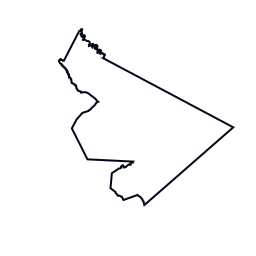 North Fly District, Western, Papua New Guinea (Robinson projection), rotated 118°
{"feature_id": "67681753B60857978351937", "entity_name": "North Fly District", "entity_type": "district", "adm_level": 2, "iso_a3": "PNG", "parent_name": "Papua New Guinea", "parent_adm1": "Western", "projection": "robinson", "projection_center": [141.24, -5.829], "detail": "fine", "context": "isolated", "style": "outline", "palette": "ink", "viewbox_px": 256, "rotation_deg": 118, "n_neighbors": 0, "source": "geoboundaries", "source_scale": "gbopen_adm2", "svg_char_len": 5562}
<svg xmlns="http://www.w3.org/2000/svg" viewBox="0 0 256 256"><g transform="rotate(118 128 128)"><path d="M188.4,77.4L78.0,35.4L78.0,182.7L77.9,182.6L77.4,182.3L77.1,182.3L76.7,182.5L76.1,182.8L75.9,182.9L75.7,182.9L75.3,182.7L74.8,182.6L74.7,182.6L74.3,182.7L74.1,182.8L73.9,183.1L73.9,183.5L74.0,183.9L74.3,184.3L74.5,184.6L74.5,184.9L74.4,185.1L74.0,185.3L73.8,185.5L73.8,185.8L74.1,186.4L74.4,186.7L74.7,186.9L75.0,187.0L75.3,187.0L75.6,187.2L75.6,187.4L75.5,187.5L75.3,187.6L75.1,187.7L74.9,187.9L74.6,188.1L74.3,188.3L74.0,188.3L73.2,188.0L72.9,187.9L72.6,187.9L72.4,188.1L72.2,188.3L72.0,189.1L72.1,189.4L72.1,189.6L72.3,189.9L72.4,190.1L72.7,190.2L73.1,190.2L73.4,190.1L73.7,189.9L73.9,189.8L74.4,189.6L75.5,189.6L75.8,189.8L75.9,190.0L76.0,190.3L75.9,190.4L75.7,190.6L75.2,190.7L74.3,191.0L74.0,191.2L73.7,191.5L73.2,192.1L72.5,192.2L72.3,192.3L72.2,192.6L72.2,192.8L72.3,193.1L72.5,193.2L73.0,193.2L73.2,193.3L73.4,193.6L73.5,194.0L73.5,194.3L73.4,194.7L73.3,194.9L73.1,195.1L72.9,195.2L72.6,195.2L72.3,195.0L72.1,194.9L71.8,194.5L71.4,193.7L71.2,193.5L71.0,193.3L70.8,193.2L70.5,193.2L70.3,193.2L70.0,193.4L69.8,193.7L69.6,194.0L69.5,194.5L69.5,194.8L69.5,195.1L69.7,195.4L69.8,195.5L70.0,195.7L70.6,196.0L71.3,196.1L71.6,196.3L71.6,196.5L71.6,196.9L71.4,197.1L71.2,197.2L70.8,197.4L70.5,197.6L70.4,197.7L70.2,198.0L70.2,198.3L70.3,198.7L70.8,199.2L71.0,199.3L71.8,199.3L72.3,199.1L72.6,198.8L73.0,198.1L73.2,197.4L73.3,197.4L73.5,197.4L73.4,197.6L72.7,198.7L72.6,198.9L72.5,199.3L72.5,199.8L72.7,200.1L72.9,200.3L73.1,200.4L73.7,200.6L73.9,200.8L74.0,200.9L73.8,201.1L73.4,201.2L73.2,201.4L73.0,201.5L71.2,201.5L70.8,201.7L70.4,201.9L70.3,202.1L70.0,202.6L69.9,203.5L69.9,203.8L70.4,205.0L70.5,205.7L70.5,206.0L70.3,206.5L70.2,206.7L70.2,207.1L70.3,207.3L70.3,207.6L70.2,207.8L70.2,208.0L70.3,208.1L70.5,208.4L71.2,208.7L71.4,208.8L71.5,208.9L71.4,209.1L71.3,209.3L71.0,209.4L70.9,209.4L70.5,209.2L69.8,208.9L69.5,208.9L69.3,208.9L68.8,209.0L68.2,208.9L67.6,209.0L67.4,209.0L67.0,209.3L66.8,209.5L66.7,209.8L66.6,210.0L66.6,210.5L66.8,210.7L66.9,210.8L67.1,210.9L67.3,210.9L67.5,210.8L67.9,210.5L68.2,210.3L68.5,210.2L68.8,210.3L68.9,210.5L69.0,210.7L69.1,211.1L69.0,211.7L68.9,212.1L68.8,212.3L68.3,212.8L67.8,213.1L67.5,213.5L67.4,214.0L67.2,214.0L67.1,213.9L67.1,213.4L66.8,212.9L66.7,212.8L66.4,212.8L66.1,212.9L65.9,213.1L65.3,213.7L64.4,214.4L64.0,214.5L63.6,214.5L62.8,214.5L62.5,214.6L62.3,214.8L62.3,215.0L62.5,215.4L62.7,215.6L62.9,215.7L63.1,215.9L63.3,215.9L63.6,215.9L64.0,215.8L64.5,215.8L64.8,215.6L65.0,215.6L65.3,215.9L65.5,216.2L65.5,216.6L98.8,216.2L99.2,216.9L98.8,218.0L98.8,218.3L99.0,218.4L99.1,218.7L99.0,218.9L98.8,219.4L98.8,219.5L98.8,219.8L99.6,219.8L99.8,220.0L99.8,220.3L100.0,220.4L100.3,220.3L100.5,220.5L100.8,220.6L101.0,220.6L101.2,220.3L101.5,220.2L101.9,219.8L102.3,219.1L102.6,218.6L102.8,218.2L102.7,217.3L102.8,217.0L103.0,216.8L102.8,216.5L102.8,216.3L103.3,215.7L103.3,215.2L103.5,215.1L103.8,215.5L103.9,215.2L104.2,214.4L104.1,213.8L104.0,213.4L104.0,213.0L104.6,212.9L104.7,212.6L104.7,212.4L104.8,212.0L104.6,211.8L104.7,211.6L104.9,211.6L105.0,211.3L104.7,211.1L104.7,210.4L104.7,210.2L104.9,210.6L105.1,210.5L105.6,210.3L105.7,209.9L106.0,209.2L105.7,209.1L105.9,208.8L106.4,208.7L106.6,208.7L107.1,208.3L106.6,207.8L106.8,207.3L107.1,207.3L108.3,206.6L108.2,206.0L108.7,205.9L108.7,205.6L109.0,205.2L108.9,204.9L109.2,204.6L109.6,204.5L110.0,204.6L110.2,204.4L110.3,204.1L110.8,204.0L111.1,203.9L111.0,203.6L110.7,203.4L110.6,202.8L110.8,202.4L110.9,202.1L111.3,201.8L111.8,201.6L112.1,201.3L112.1,201.1L111.9,200.8L112.3,200.5L112.6,200.3L112.8,200.1L113.0,199.9L113.3,200.0L113.3,200.4L113.4,200.1L113.8,199.7L114.1,199.3L114.5,199.2L114.7,198.7L114.5,198.0L114.6,197.9L114.6,197.5L114.5,197.2L114.6,196.9L114.9,196.4L114.9,196.1L114.5,195.8L114.9,195.4L114.9,195.2L115.0,194.9L115.2,194.7L114.8,194.1L115.1,193.9L115.1,193.6L115.4,193.3L115.6,193.3L116.0,193.1L116.2,192.7L116.5,192.5L116.9,192.5L117.1,192.3L117.4,191.8L117.3,191.5L117.5,191.3L117.9,190.9L118.0,190.4L118.5,190.0L118.2,189.6L118.3,188.5L118.3,187.5L118.0,187.1L118.1,186.8L118.0,186.6L118.4,186.5L118.7,186.2L118.3,185.8L118.2,185.6L118.2,185.4L118.3,185.3L118.1,185.1L117.9,184.9L117.6,184.4L117.2,183.9L116.4,182.4L116.1,181.1L116.0,180.2L116.0,179.1L116.2,178.3L116.7,175.8L116.8,174.6L116.8,173.9L117.1,172.7L117.3,171.5L117.6,170.1L118.5,168.5L118.9,166.6L119.7,167.2L120.2,167.6L120.7,167.9L121.3,167.9L123.1,168.0L124.1,168.3L124.8,168.6L126.1,169.0L126.7,169.3L127.4,169.5L128.9,169.7L129.7,170.2L130.3,170.6L130.8,170.7L131.5,170.9L136.1,175.4L144.6,177.4L154.7,177.4L174.7,149.1L155.2,107.6L155.9,107.6L156.3,107.5L156.6,108.2L157.3,109.0L158.1,109.2L158.8,108.5L159.2,108.4L159.6,109.0L159.5,109.4L159.3,109.7L160.3,110.3L162.0,111.2L162.8,111.5L163.5,111.6L164.2,112.3L164.6,112.7L164.8,113.2L164.4,113.6L164.2,114.3L163.7,114.2L163.3,114.6L163.3,115.1L163.7,115.3L164.2,115.7L165.3,116.0L165.6,115.9L166.2,115.4L166.7,115.5L167.1,115.9L167.7,116.6L168.2,117.1L175.5,121.0L189.4,115.2L190.4,108.9L191.3,108.3L191.5,107.0L191.9,106.5L192.4,105.4L192.5,104.9L192.0,104.6L191.8,104.1L191.7,103.5L191.9,102.4L191.8,101.7L191.5,101.2L193.7,98.2L182.8,88.3L182.6,88.1L182.8,87.7L183.0,87.2L183.1,86.3L183.0,86.0L183.0,85.4L183.1,84.7L183.2,84.4L183.3,84.1L183.7,83.6L183.8,83.4L183.9,83.0L183.9,82.5L184.0,82.2L184.5,81.6L184.7,81.3L185.3,80.9L185.3,80.7L185.5,80.5L185.5,80.1L185.5,79.8L185.6,79.7L186.1,79.4L186.4,79.1L186.8,78.6L187.5,78.2L188.0,77.8L188.4,77.4Z" fill="none" stroke="#020617" stroke-width="2"/></g></svg>